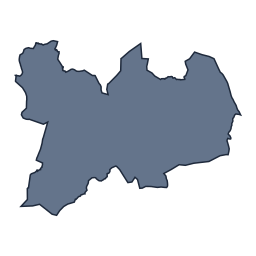 the district of Hawul, Borno, Nigeria
{"feature_id": "59680162B65118596491840", "entity_name": "Hawul", "entity_type": "district", "adm_level": 2, "iso_a3": "NGA", "parent_name": "Nigeria", "parent_adm1": "Borno", "projection": "natural_earth1", "projection_center": [12.218, 10.459], "detail": "fine", "context": "isolated", "style": "filled", "palette": "slate", "viewbox_px": 256, "rotation_deg": 0, "n_neighbors": 0, "source": "geoboundaries", "source_scale": "gbopen_adm2", "svg_char_len": 5004}
<svg xmlns="http://www.w3.org/2000/svg" viewBox="0 0 256 256"><path d="M15.4,75.4L16.1,76.3L15.5,81.0L15.6,81.5L22.5,87.7L25.5,92.6L26.7,96.2L26.8,99.9L26.6,100.9L26.4,108.2L22.0,112.3L21.4,114.8L23.2,118.0L26.2,119.2L28.4,119.4L29.1,119.2L43.4,124.2L47.7,122.1L43.3,137.6L42.7,139.1L42.7,139.3L42.6,139.6L42.1,143.2L40.5,149.2L38.6,153.8L37.6,156.4L36.8,158.1L36.3,160.2L42.5,162.9L42.4,163.6L42.5,164.1L42.5,164.7L42.3,165.3L42.2,165.8L42.2,166.2L41.9,166.5L41.9,167.0L41.9,167.4L41.1,167.9L40.6,168.4L40.4,168.8L40.4,169.2L40.6,169.4L40.6,169.6L40.2,169.7L39.5,169.8L38.5,170.4L37.8,171.0L37.7,170.2L37.1,170.0L36.3,171.3L34.8,172.5L31.3,173.8L30.3,174.9L28.5,187.7L28.5,187.8L27.9,187.9L27.3,188.6L27.4,199.5L21.0,206.4L32.7,205.9L39.6,204.3L52.1,214.2L56.6,215.3L59.7,210.6L63.7,206.5L67.7,204.1L74.3,202.1L75.4,199.2L76.0,199.4L77.1,198.3L78.2,197.0L79.2,196.3L79.9,196.4L80.3,196.1L80.6,195.8L80.8,195.2L81.2,194.7L81.9,194.7L82.7,194.4L83.5,194.0L85.0,193.8L84.8,193.1L85.1,192.4L85.8,191.5L87.0,190.2L86.4,188.2L86.5,186.9L87.0,185.6L87.8,184.2L88.2,183.2L88.4,182.2L88.5,180.7L89.3,180.0L92.0,177.8L94.0,177.6L94.9,177.6L95.7,177.8L96.3,178.7L97.8,179.9L99.2,180.8L100.4,180.8L101.2,181.0L102.1,180.4L103.5,179.7L104.4,178.8L105.4,178.7L106.1,177.5L107.2,176.7L107.2,175.7L107.1,173.7L108.0,173.3L108.6,173.4L109.7,171.9L110.0,171.0L109.8,169.6L111.7,167.8L115.6,166.1L116.5,166.3L119.7,169.6L123.0,174.9L127.9,182.6L131.9,182.0L135.0,177.3L137.5,179.5L139.8,188.3L142.3,188.1L145.7,186.4L151.1,186.5L157.4,187.4L161.1,187.0L164.5,187.4L166.6,187.5L167.4,186.4L167.6,185.2L167.5,183.0L167.2,180.7L166.3,178.6L166.1,177.2L165.9,176.0L163.8,173.5L171.2,169.5L179.1,164.7L185.4,165.3L193.9,163.2L208.9,161.5L220.1,155.7L226.0,154.6L228.1,154.7L228.5,152.9L228.9,151.2L229.2,148.8L228.6,146.2L228.0,144.1L227.4,142.0L227.0,141.0L227.2,139.7L227.8,138.4L229.1,138.9L230.6,139.0L230.9,138.1L230.5,137.1L229.9,135.8L229.1,135.0L228.3,134.4L228.3,133.4L229.0,132.0L230.1,130.8L231.0,128.7L231.2,126.8L231.9,125.1L231.7,123.7L232.5,122.0L232.9,121.0L232.7,119.6L232.8,118.4L233.5,117.8L234.0,116.8L234.3,115.9L234.7,115.0L235.8,114.0L236.7,114.1L239.1,114.4L240.6,114.9L239.9,113.5L239.1,111.7L237.8,110.1L237.0,108.3L236.1,105.4L234.1,101.9L233.0,99.5L231.8,97.5L231.1,95.6L230.1,91.6L229.5,89.6L227.7,83.4L226.9,81.6L223.1,74.9L221.8,73.4L220.3,72.3L218.6,68.8L214.0,58.7L209.2,56.5L202.1,54.7L194.6,52.1L189.6,58.8L185.2,61.3L185.7,64.1L188.0,69.9L185.8,75.7L184.4,76.4L184.2,76.5L184.1,77.0L184.1,77.3L184.1,77.5L184.3,77.7L184.3,77.8L184.6,78.2L184.6,78.4L184.8,79.1L184.8,79.4L183.8,79.5L180.3,79.8L180.1,79.5L178.5,79.5L178.0,79.4L177.8,79.4L177.3,79.3L176.8,79.5L176.5,79.5L176.2,79.2L175.9,78.9L175.5,78.4L175.1,78.0L174.8,77.8L174.4,77.7L173.9,77.9L173.4,78.0L173.0,78.1L172.7,77.7L172.5,77.3L172.3,76.8L171.8,76.6L171.3,76.5L171.0,76.6L170.2,76.7L169.7,76.8L169.2,76.8L168.7,76.8L168.3,76.7L168.1,76.7L167.9,76.9L167.6,77.2L167.3,77.4L167.1,77.7L166.8,77.8L166.4,78.1L166.1,78.2L165.4,78.2L165.1,78.4L165.1,78.8L164.9,79.1L164.5,79.1L164.0,78.8L163.4,78.6L162.9,78.7L162.4,78.7L161.8,78.7L161.3,78.8L160.6,79.5L154.7,76.0L152.0,73.0L147.0,70.2L146.7,66.4L147.3,64.1L148.3,58.9L141.9,58.5L140.7,43.5L129.4,51.4L122.0,57.9L121.0,58.6L120.7,70.8L116.6,75.6L108.7,83.6L107.7,84.1L106.8,89.4L108.1,94.6L102.0,92.9L101.1,90.0L101.1,86.8L100.3,84.9L99.0,83.4L95.1,75.6L94.7,75.5L92.4,75.5L84.3,70.2L83.4,70.5L82.6,70.9L81.5,71.0L79.1,71.4L76.6,71.2L74.4,69.7L72.7,69.1L71.1,69.3L69.8,70.2L67.7,71.4L65.8,72.2L65.7,72.0L65.6,71.8L65.6,71.7L65.4,71.5L65.4,71.4L65.2,71.3L65.1,71.2L65.0,71.3L64.9,71.2L64.7,71.2L64.4,70.9L63.9,70.9L63.7,70.8L63.4,70.7L63.1,70.5L63.0,70.4L62.9,70.4L63.0,70.2L62.9,70.0L62.9,69.9L62.9,69.7L62.8,69.4L62.7,69.2L62.5,68.8L62.6,68.7L62.8,68.6L62.9,68.4L62.8,68.1L62.7,68.0L62.7,67.8L62.7,67.7L62.8,67.7L62.8,67.4L62.8,67.5L63.0,67.6L63.2,67.4L63.2,67.2L63.0,67.3L63.0,67.2L62.8,66.9L62.7,66.9L62.6,67.1L62.4,67.1L62.4,66.9L62.5,66.7L60.0,62.7L57.7,59.2L58.4,55.4L58.6,54.8L58.7,54.5L59.0,53.5L59.1,53.3L59.1,52.9L58.9,52.3L59.0,51.9L58.8,51.9L58.6,51.8L58.2,51.8L57.7,51.7L57.4,51.5L57.3,51.3L57.4,51.1L57.2,50.8L57.1,50.5L56.9,50.1L56.7,49.8L56.5,49.7L56.4,49.6L56.2,49.7L56.1,49.9L56.1,50.0L55.9,50.1L55.7,50.1L55.4,49.9L55.2,49.7L55.3,49.3L55.1,49.0L54.9,48.8L55.1,48.3L55.5,47.8L56.7,45.1L57.6,41.6L53.3,40.7L51.1,41.2L47.2,43.8L44.4,44.4L43.2,45.0L43.0,44.9L42.7,44.8L42.5,44.5L42.3,44.5L41.9,44.4L41.5,44.0L41.3,43.9L41.0,44.1L40.6,44.1L40.1,44.0L39.8,43.7L39.6,43.8L38.6,43.8L38.3,43.1L38.0,43.0L37.7,43.0L37.1,43.5L36.8,43.4L36.5,43.2L36.4,42.8L36.0,42.8L35.8,43.2L35.3,45.4L34.7,46.1L34.0,47.3L33.4,48.5L31.8,48.4L30.3,48.3L29.5,48.0L28.7,47.7L28.1,47.8L27.4,48.0L26.0,48.3L24.1,49.5L23.3,52.2L22.6,53.4L21.5,54.1L20.1,54.8L19.6,56.5L19.3,58.4L19.2,60.0L19.4,61.3L19.9,63.0L20.3,64.0L20.6,65.5L21.1,66.8L21.4,68.2L22.2,70.4L22.6,72.2L22.2,73.7L21.2,75.1L19.7,76.2L18.6,75.8L17.5,75.8L16.5,75.2L15.4,75.4Z" fill="#64748b" stroke="#1e293b" stroke-width="1.5"/></svg>